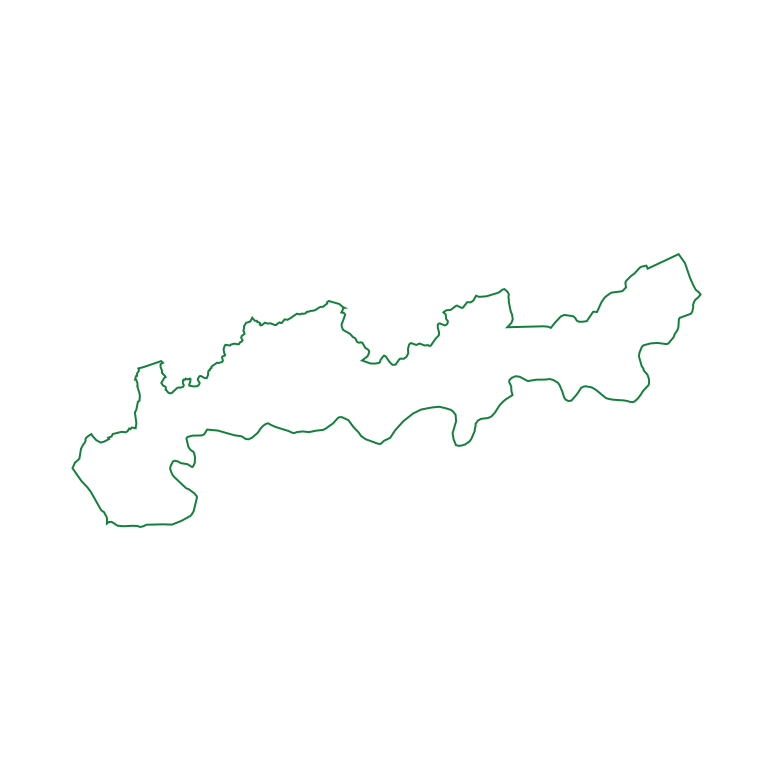 Tuzamapan de Galeana, Puebla, Mexico (Mercator projection), rotated 209°
{"feature_id": "50627088B82923584373412", "entity_name": "Tuzamapan de Galeana", "entity_type": "district", "adm_level": 2, "iso_a3": "MEX", "parent_name": "Mexico", "parent_adm1": "Puebla", "projection": "mercator", "projection_center": [-97.528, 20.103], "detail": "fine", "context": "isolated", "style": "outline", "palette": "green", "viewbox_px": 768, "rotation_deg": 209, "n_neighbors": 0, "source": "geoboundaries", "source_scale": "gbopen_adm2", "svg_char_len": 6166}
<svg xmlns="http://www.w3.org/2000/svg" viewBox="0 0 768 768"><g transform="rotate(209 384 384)"><path d="M150.5,615.8L152.9,616.8L157.1,617.6L160.2,619.5L167.6,625.0L179.4,635.7L189.3,640.4L209.3,612.7L211.9,614.7L215.8,611.3L216.7,609.7L218.6,601.9L220.3,598.2L222.2,591.8L222.0,589.6L219.2,585.8L220.4,581.2L221.3,580.1L229.0,574.5L230.3,572.6L232.2,568.5L232.9,566.4L233.5,561.2L232.6,550.3L236.1,548.6L237.1,537.3L241.1,534.3L244.0,532.9L246.1,532.9L248.9,534.5L251.5,535.0L259.8,531.8L262.1,528.9L264.1,520.9L265.3,514.0L268.8,513.5L273.0,511.5L303.7,493.4L302.2,499.1L302.7,502.9L305.5,506.6L308.7,509.3L314.8,516.5L316.0,518.8L317.1,519.9L318.3,523.0L320.9,524.6L324.7,525.4L326.3,523.8L327.5,520.4L328.9,518.6L337.1,510.2L343.1,506.3L346.3,505.8L346.3,500.7L347.2,498.3L348.0,497.3L350.9,495.9L352.0,489.0L353.0,488.2L358.3,487.9L359.0,487.1L361.2,481.9L362.2,480.7L365.0,478.9L366.5,476.4L366.7,475.4L363.8,474.8L361.3,471.1L358.7,470.0L357.9,468.1L358.0,466.4L359.2,464.7L364.4,464.1L365.3,463.5L365.7,462.5L365.6,461.6L364.2,459.3L360.7,455.6L359.9,454.1L359.7,453.0L360.9,448.3L361.7,440.1L363.1,439.2L364.2,439.4L367.2,437.4L372.6,436.6L374.7,433.8L380.2,432.9L381.0,431.5L381.1,430.3L380.0,426.2L377.7,422.6L377.5,418.8L378.9,415.7L382.1,414.0L382.6,413.0L383.2,406.8L384.1,405.9L385.7,405.0L387.5,405.2L390.2,406.1L395.7,408.9L397.7,408.9L398.3,406.9L398.7,403.2L398.2,401.3L398.5,400.1L401.9,397.4L405.8,395.4L414.6,393.9L411.9,400.1L412.0,402.9L412.9,405.6L415.2,406.5L417.6,406.4L423.0,409.6L424.8,409.1L425.2,408.4L426.9,407.7L428.6,408.0L429.9,409.3L432.1,410.2L433.8,409.9L437.9,411.4L446.1,411.5L448.7,413.6L449.9,415.3L451.5,425.8L453.6,426.7L456.0,425.9L455.9,427.9L456.4,430.5L456.3,431.0L455.5,431.5L457.6,431.4L461.9,432.3L472.6,429.8L473.4,428.0L472.7,426.9L474.8,421.9L476.6,420.9L477.8,419.5L479.8,415.5L481.8,413.5L483.9,412.2L484.9,410.6L485.8,410.4L486.6,409.6L486.7,408.1L488.2,406.5L490.2,405.6L491.0,404.3L494.3,403.2L497.7,396.3L499.5,393.4L502.3,392.3L503.0,387.9L503.9,387.3L505.1,387.3L506.4,385.1L506.8,383.5L507.8,382.7L512.5,382.1L515.4,380.3L517.9,379.9L519.4,376.0L520.1,375.6L521.4,375.7L521.6,377.1L523.5,377.3L524.7,376.7L525.8,377.6L527.8,376.7L531.4,378.1L531.2,374.6L531.6,373.4L534.2,370.7L534.5,366.6L533.5,365.1L532.7,362.2L531.5,361.6L530.3,360.3L531.7,357.0L531.4,355.3L528.8,353.5L529.0,352.2L530.2,350.6L530.1,348.9L530.4,348.2L534.2,346.8L536.0,345.4L537.2,343.9L537.3,343.0L541.7,341.4L541.7,338.8L541.0,336.4L538.6,333.4L537.0,332.5L537.0,331.7L538.7,329.7L538.6,328.8L536.3,326.4L536.2,325.6L536.3,324.8L537.9,323.1L539.0,322.1L540.3,321.7L543.1,316.1L543.2,315.2L542.7,314.5L543.5,313.2L543.1,311.6L543.9,310.8L543.3,308.5L542.3,307.0L541.9,303.3L543.4,302.3L548.1,302.2L549.2,301.3L549.3,298.2L548.6,297.1L545.9,295.7L545.5,294.7L545.7,292.7L546.4,291.4L549.5,289.5L553.4,288.2L554.0,288.7L554.7,292.5L555.7,294.6L556.5,294.6L557.6,293.0L560.1,292.5L560.2,291.1L561.2,290.9L561.6,289.8L560.6,287.5L558.4,285.8L558.4,284.1L560.2,282.1L561.8,281.5L562.9,280.4L564.7,275.3L565.0,273.7L566.5,272.1L568.3,271.9L569.6,272.2L570.7,272.9L572.2,273.0L572.2,273.7L573.6,275.6L576.7,275.6L579.3,277.0L579.1,282.9L578.3,284.2L579.1,284.7L583.7,286.1L584.2,287.6L587.8,290.7L589.0,293.0L587.6,295.4L590.0,296.0L602.6,282.1L606.4,278.5L605.5,278.0L604.8,276.7L605.1,273.5L603.9,271.5L604.8,270.5L603.8,267.2L603.1,267.7L600.5,265.7L598.6,262.9L598.8,262.6L593.0,256.9L591.8,255.3L589.8,250.9L590.6,249.1L588.0,240.9L588.2,238.9L587.9,238.1L581.5,229.5L579.8,224.9L583.5,223.7L583.9,221.5L585.3,221.5L585.4,218.4L586.5,216.6L590.4,214.9L597.0,208.7L596.8,206.0L599.2,203.3L597.8,202.6L600.8,198.0L603.4,195.4L608.5,195.4L613.4,197.1L615.7,198.3L617.5,195.0L618.5,192.0L618.3,191.0L617.5,189.8L617.3,187.4L617.7,185.7L617.6,180.5L614.2,170.9L616.2,165.3L615.6,159.3L601.7,152.5L593.5,149.9L588.4,147.7L570.2,136.5L566.6,136.1L561.8,132.9L560.7,131.5L558.7,127.6L557.7,129.9L555.3,131.4L548.3,130.9L542.5,133.5L536.2,137.5L530.9,140.3L528.0,140.7L525.6,142.8L523.6,145.7L509.3,154.1L501.3,158.2L494.9,166.0L489.4,174.7L488.9,176.8L488.8,180.5L492.6,194.2L493.4,195.0L496.7,196.4L503.7,197.3L506.5,196.9L522.9,201.1L524.7,201.9L527.9,204.2L530.1,206.4L530.9,209.1L531.0,214.0L529.7,215.5L526.4,216.4L523.3,216.3L516.9,218.6L512.1,218.3L511.3,218.6L511.0,219.4L511.3,223.4L513.8,228.3L516.3,231.2L517.9,232.3L521.2,232.5L523.8,233.7L525.1,234.7L530.4,240.6L530.4,241.7L529.9,242.7L526.3,246.1L518.7,250.5L516.9,252.6L516.6,258.4L506.8,262.7L490.2,266.6L483.1,269.2L478.2,268.9L475.6,270.0L473.4,273.1L470.8,280.0L470.3,285.5L469.5,288.7L467.9,291.9L466.6,293.2L465.6,293.6L463.6,293.3L457.8,293.9L444.7,296.6L440.3,296.9L438.5,297.8L436.9,299.7L432.1,303.1L426.2,305.6L421.1,310.0L415.2,314.2L413.7,316.1L409.4,325.0L407.9,331.7L407.1,333.2L404.8,334.6L397.5,335.1L390.2,331.7L382.3,329.2L379.2,327.5L373.5,326.8L362.5,328.5L359.4,329.1L357.9,330.0L356.5,334.3L352.5,339.9L351.8,349.0L349.0,361.0L344.3,372.2L339.2,379.6L331.1,386.4L325.0,390.7L319.6,392.4L313.0,393.8L310.5,393.5L306.5,391.8L302.9,386.4L300.1,374.1L296.4,369.5L291.4,365.4L288.5,366.2L286.9,367.3L284.0,370.1L281.4,375.0L281.0,378.6L281.9,387.0L282.6,388.2L283.7,392.1L284.6,393.4L284.1,397.6L282.3,400.5L276.4,404.8L274.3,407.8L273.1,412.8L272.6,421.5L271.1,427.0L269.9,429.9L266.2,436.6L268.9,439.3L271.7,443.7L275.5,446.4L276.2,448.3L275.2,451.4L272.7,454.6L268.8,456.1L259.6,456.3L252.9,461.6L245.5,465.8L241.4,468.7L237.7,469.6L232.5,469.4L230.0,468.2L224.2,463.7L220.3,459.9L217.8,458.4L214.6,458.5L212.1,460.2L210.3,468.4L209.7,476.2L208.3,478.4L206.7,479.7L201.6,481.5L199.6,481.8L195.1,481.5L183.1,479.3L181.0,479.7L176.8,481.0L166.5,485.8L163.0,487.1L160.2,487.6L157.4,489.0L156.4,490.1L155.0,494.1L154.3,498.8L154.0,503.9L152.1,511.1L152.4,512.9L154.5,516.7L158.2,519.9L163.4,521.8L165.0,523.5L167.2,524.5L174.2,531.5L175.7,534.9L176.5,541.5L175.8,543.6L170.7,548.6L164.5,552.6L157.1,555.5L155.5,556.5L154.9,557.7L153.4,565.3L153.9,568.4L153.5,573.5L154.1,576.5L157.3,583.2L157.5,585.1L149.6,594.3L149.5,596.9L151.0,601.7L152.0,602.7L152.6,606.2L152.6,608.4L151.1,612.4L150.5,615.8Z" fill="none" stroke="#15803d" stroke-width="2"/></g></svg>